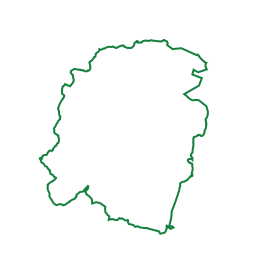 Asikuma-odoben-brakwa, Central, Ghana (Albers equal-area conic projection), rotated 107°
{"feature_id": "2480657B2595733520620", "entity_name": "Asikuma-odoben-brakwa", "entity_type": "district", "adm_level": 2, "iso_a3": "GHA", "parent_name": "Ghana", "parent_adm1": "Central", "projection": "albers", "projection_center": [-1.016, 5.627], "detail": "fine", "context": "isolated", "style": "outline", "palette": "green", "viewbox_px": 256, "rotation_deg": 107, "n_neighbors": 0, "source": "geoboundaries", "source_scale": "gbopen_adm2", "svg_char_len": 5826}
<svg xmlns="http://www.w3.org/2000/svg" viewBox="0 0 256 256"><g transform="rotate(107 128 128)"><path d="M205.8,188.3L206.1,188.0L206.9,187.6L208.7,187.5L209.1,187.2L210.5,186.6L211.6,185.7L212.4,184.8L213.9,183.7L214.4,183.5L215.7,183.4L216.4,183.1L217.2,182.4L218.7,180.4L220.3,178.8L221.7,177.1L222.1,176.2L222.7,174.0L222.4,173.3L221.0,171.4L220.6,171.0L220.6,169.9L220.5,168.4L220.6,167.2L220.8,167.1L219.7,165.6L216.9,163.6L216.3,162.7L216.2,162.8L215.0,162.2L212.4,159.9L211.9,158.8L211.0,158.1L209.4,157.8L209.5,157.6L208.3,157.3L206.6,157.6L205.8,156.7L204.0,155.8L203.3,155.3L202.4,153.3L201.6,152.1L199.6,151.6L195.2,149.4L195.3,149.0L197.5,148.6L198.4,148.8L199.3,149.3L201.1,150.0L201.4,150.3L202.5,149.1L203.1,148.9L203.5,148.2L203.7,147.6L204.2,146.8L204.3,145.7L205.3,144.1L206.3,142.2L207.1,141.5L210.7,140.2L208.8,137.6L208.3,136.5L208.0,134.0L208.2,131.9L209.5,128.2L209.5,127.6L210.2,126.6L212.2,126.3L213.5,125.5L214.8,125.2L215.3,124.9L216.1,123.2L217.2,122.1L217.8,120.3L218.0,120.1L221.5,119.5L220.2,118.0L220.3,117.8L220.2,117.2L219.6,116.2L219.6,112.6L219.2,111.6L218.8,111.0L216.7,109.9L216.9,108.5L216.2,107.6L216.3,106.6L217.1,103.8L216.8,101.9L216.1,101.3L217.0,100.7L218.0,100.4L219.1,99.7L219.5,99.2L219.7,98.5L219.3,97.4L219.2,94.6L220.4,92.3L220.1,91.6L219.2,90.3L219.2,89.5L219.3,88.4L219.6,87.9L218.8,82.4L218.3,81.4L218.1,80.5L218.1,79.4L218.4,79.1L218.1,76.0L217.8,67.9L218.9,67.2L219.6,66.3L219.3,65.3L218.2,63.9L217.8,62.9L217.3,62.4L216.7,62.1L214.7,61.6L213.5,61.8L212.5,61.5L211.2,62.3L210.1,62.4L210.3,61.3L210.9,60.2L211.2,59.9L211.7,58.9L212.0,57.7L211.5,57.3L209.9,55.4L209.1,57.1L209.1,57.5L209.7,58.8L209.8,59.5L209.2,59.9L202.4,60.3L199.0,60.8L195.3,61.8L184.2,61.1L173.3,60.8L172.6,60.8L170.0,61.3L168.2,61.0L166.6,61.8L165.8,61.9L165.3,61.8L163.9,60.6L162.5,58.1L161.4,57.3L160.6,56.2L156.8,54.5L156.5,54.2L155.4,53.9L155.4,53.3L155.5,52.9L155.0,52.5L154.3,53.0L153.9,52.8L153.7,52.8L153.6,53.1L153.3,53.2L153.0,53.7L152.6,53.9L151.2,53.8L149.8,54.0L149.2,53.9L146.7,54.8L145.5,55.5L143.7,56.0L143.3,56.5L143.5,57.4L142.9,58.4L143.3,59.1L143.3,59.4L142.3,60.7L141.6,61.1L141.3,61.4L140.3,61.1L139.8,60.6L139.0,58.2L139.6,57.1L137.6,57.7L136.4,59.6L135.2,60.0L133.9,59.8L132.9,59.2L132.4,59.2L130.1,59.8L124.7,60.5L122.5,61.5L120.4,61.8L120.2,62.0L119.7,62.3L119.3,62.4L118.5,62.2L117.7,62.5L116.3,60.6L114.7,59.0L114.2,59.0L113.8,58.3L113.9,57.7L113.7,56.9L114.1,56.4L114.2,55.8L114.0,54.9L111.9,53.6L110.1,53.6L109.1,53.9L108.6,53.9L107.0,53.8L106.1,53.5L103.7,53.7L102.4,54.3L101.7,54.1L101.3,54.1L100.7,54.6L100.1,54.7L99.7,55.3L98.8,55.3L98.1,55.9L96.8,56.4L96.2,56.2L95.7,55.8L92.6,55.5L88.9,56.4L84.3,59.4L81.3,67.0L80.7,68.9L81.4,71.6L82.0,72.8L82.5,74.1L82.6,74.8L82.4,76.2L82.2,77.4L79.8,82.3L79.2,84.2L66.7,72.5L58.7,72.0L58.0,82.1L53.1,82.3L53.8,79.6L54.1,77.1L48.9,69.8L46.7,71.9L43.4,72.6L42.8,72.2L42.5,74.1L41.1,77.1L39.9,79.2L39.6,79.5L38.9,80.9L38.1,81.5L37.4,82.5L37.9,83.7L38.2,83.7L36.1,100.3L39.5,108.5L37.2,114.8L36.7,115.0L35.3,114.8L35.0,115.0L34.0,116.0L33.8,116.2L33.7,117.5L33.3,118.8L33.4,119.5L34.5,120.1L35.1,121.3L35.8,122.1L36.2,125.0L36.5,125.8L37.0,129.2L37.3,130.2L37.3,131.7L37.5,132.1L38.3,132.9L38.6,133.6L38.9,134.7L39.1,136.2L39.5,137.1L39.7,137.8L40.6,139.2L42.2,140.0L42.5,140.5L42.6,141.1L43.5,143.8L43.2,144.0L42.7,143.8L42.4,143.9L42.1,144.5L42.2,144.8L42.7,145.3L43.6,145.6L44.6,146.5L47.8,146.5L49.1,147.4L49.7,147.5L50.2,147.9L50.9,149.4L51.1,150.7L51.5,151.3L51.6,151.9L51.5,152.5L51.6,153.6L51.3,154.7L51.4,155.1L50.9,155.5L50.9,155.8L50.5,156.2L50.5,156.4L50.6,157.3L52.2,159.9L53.9,161.3L54.1,161.9L54.9,162.5L54.9,163.8L54.7,164.5L54.8,165.8L54.5,166.3L54.5,166.5L55.0,167.1L55.5,167.6L55.7,169.2L56.0,170.3L56.6,171.1L56.8,171.6L57.2,172.2L57.8,172.6L58.0,173.0L59.0,173.8L59.3,175.0L60.0,175.3L60.2,175.6L60.5,175.9L60.9,176.7L61.1,176.9L61.0,178.3L61.6,178.1L63.5,178.5L64.4,179.1L64.9,179.7L66.3,180.4L68.0,180.3L68.6,180.1L69.4,180.1L70.2,181.2L71.3,181.1L72.3,181.8L73.9,182.2L75.4,183.6L76.6,184.1L79.7,182.2L82.7,181.4L84.7,182.3L84.7,183.3L85.7,183.8L85.8,184.3L86.1,184.7L86.3,185.6L86.0,186.7L86.0,187.6L86.3,187.9L86.3,188.4L86.0,188.5L86.3,189.1L86.4,189.9L86.2,190.0L86.3,190.3L86.2,191.4L86.4,191.7L86.8,192.0L86.7,193.4L87.0,194.4L87.1,196.5L90.1,199.2L91.3,199.1L92.2,198.5L92.7,198.0L93.5,196.2L93.9,195.9L95.8,195.3L97.8,193.9L98.1,193.8L101.0,193.9L102.5,194.7L105.0,195.5L105.1,195.8L104.8,197.0L104.9,198.5L104.4,201.0L104.9,201.1L106.3,201.6L107.4,202.5L107.8,202.7L108.4,202.4L109.5,202.5L110.2,202.3L111.9,202.1L113.0,201.6L114.4,201.1L115.4,198.8L115.8,198.4L116.2,198.3L118.9,198.6L119.4,199.1L123.6,200.1L125.8,200.4L126.3,200.4L128.6,200.6L130.1,200.5L131.0,199.6L131.8,199.3L132.4,198.8L135.6,197.6L136.0,197.2L136.3,196.6L137.1,195.9L138.1,195.9L138.7,196.0L139.5,195.5L141.4,196.7L142.3,196.8L146.4,197.8L148.1,197.9L148.6,198.1L149.4,198.6L150.5,198.6L151.8,197.7L153.3,197.5L154.3,196.9L155.0,194.8L155.1,193.6L155.5,193.3L155.6,192.5L156.4,192.4L157.9,191.1L160.1,190.4L161.3,190.2L162.6,190.3L163.2,191.1L163.8,191.0L164.8,191.5L165.9,191.5L166.1,191.6L166.4,192.2L169.6,193.5L171.0,193.3L171.8,194.0L172.4,194.2L172.1,195.3L172.7,196.5L173.2,196.9L174.3,197.1L175.0,197.6L177.2,197.7L178.8,200.9L179.5,201.1L179.8,201.5L181.0,201.7L181.6,201.4L182.4,201.3L182.6,202.2L182.3,203.1L182.9,203.5L183.5,203.0L184.3,201.9L185.1,201.6L186.2,200.6L186.7,199.1L186.6,198.7L186.9,198.0L188.7,196.2L188.7,195.3L188.8,194.2L189.7,193.5L190.0,192.7L190.3,192.7L190.5,192.1L190.9,191.7L191.0,191.0L191.2,190.9L191.5,190.3L191.7,190.1L192.1,190.4L192.4,190.3L193.4,189.2L194.2,189.0L194.5,188.8L194.6,187.7L194.8,187.2L194.9,186.1L196.2,184.7L196.6,182.4L196.9,182.2L197.2,182.5L198.5,182.8L199.6,183.5L202.1,185.7L202.8,186.5L205.8,188.3Z" fill="none" stroke="#15803d" stroke-width="2"/></g></svg>